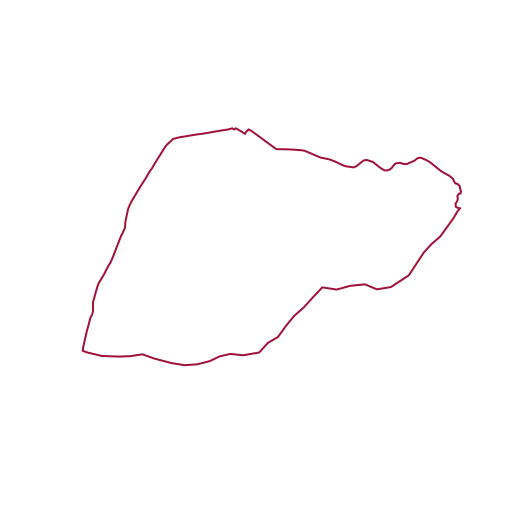 the district of Debubawi Mibrak, Maekel, Eritrea, rotated 36°
{"feature_id": "51966322B67298310056264", "entity_name": "Debubawi Mibrak", "entity_type": "district", "adm_level": 2, "iso_a3": "ERI", "parent_name": "Eritrea", "parent_adm1": "Maekel", "projection": "mercator", "projection_center": [38.948, 15.319], "detail": "fine", "context": "isolated", "style": "outline", "palette": "rose", "viewbox_px": 512, "rotation_deg": 36, "n_neighbors": 0, "source": "geoboundaries", "source_scale": "gbopen_adm2", "svg_char_len": 2415}
<svg xmlns="http://www.w3.org/2000/svg" viewBox="0 0 512 512"><g transform="rotate(36 256 256)"><path d="M381.5,81.6L380.0,79.9L376.7,79.2L374.5,80.1L371.9,79.0L369.9,77.7L364.5,77.5L362.5,77.9L355.9,78.6L343.0,77.9L339.7,78.0L336.4,78.5L331.6,79.6L329.4,81.5L328.0,86.2L323.8,93.1L321.3,94.9L318.2,95.7L314.9,98.6L314.2,100.1L314.0,105.3L313.2,107.7L311.7,109.8L309.7,111.1L307.3,111.5L303.7,111.6L300.1,111.4L295.4,111.2L291.5,112.4L289.0,113.3L287.0,115.4L286.2,117.8L285.1,122.1L284.5,124.3L282.8,127.0L280.1,128.4L276.4,130.4L274.6,131.1L270.3,132.1L265.9,132.8L259.4,134.4L254.1,136.7L250.5,138.4L242.6,140.2L240.6,140.6L233.4,142.3L229.8,144.2L227.6,145.6L224.7,147.3L221.9,149.2L219.6,150.6L217.6,152.0L209.7,157.6L204.1,157.6L199.5,157.6L195.7,157.6L191.8,157.5L187.7,157.5L182.3,157.5L179.0,157.5L175.6,158.0L175.1,161.2L175.3,163.6L169.3,164.0L164.7,164.5L163.7,166.6L161.7,166.7L159.0,170.1L154.2,174.8L145.9,183.4L144.4,184.9L140.7,188.7L138.7,190.5L135.2,193.9L131.3,197.9L127.4,201.9L125.3,203.9L123.0,206.5L120.0,210.2L119.7,212.9L119.0,215.9L118.5,218.3L118.4,220.4L118.4,222.4L118.7,225.6L118.8,228.1L119.0,229.9L119.2,232.6L119.3,235.2L119.6,238.4L119.7,240.9L120.3,245.9L120.3,249.7L120.5,252.6L120.7,254.6L121.0,256.7L121.2,259.6L121.6,267.7L122.2,274.2L123.2,285.1L123.6,287.3L124.4,291.6L125.5,294.6L126.5,296.7L128.0,300.2L129.3,303.2L130.4,305.3L131.4,307.0L133.1,309.5L133.8,311.8L134.6,315.8L135.0,318.9L135.6,321.1L136.3,324.1L137.0,326.4L138.1,330.8L139.0,334.0L139.8,337.1L141.1,342.0L141.7,345.0L142.1,347.0L142.3,350.4L143.8,360.0L144.2,364.0L144.5,367.8L144.6,369.8L145.0,371.9L147.3,378.6L149.4,384.0L150.5,387.1L151.3,389.2L152.9,391.4L156.6,396.6L157.9,399.7L158.3,403.2L159.4,406.0L160.8,409.5L162.4,413.9L163.3,416.3L164.8,419.7L166.8,424.4L168.7,428.8L170.1,431.8L171.5,434.5L175.4,433.5L177.5,432.7L183.7,430.1L190.2,427.4L204.1,418.0L213.1,411.0L221.9,402.3L234.1,398.7L250.8,392.2L262.4,386.3L272.2,378.1L280.3,368.3L285.7,358.4L292.7,350.4L304.0,343.8L315.3,332.2L316.7,319.3L321.4,308.6L321.3,295.5L322.1,281.9L324.9,269.5L326.4,255.3L328.1,242.4L341.0,235.7L349.8,224.7L360.8,214.9L373.4,211.9L383.4,201.8L391.0,181.8L389.7,154.5L391.0,143.0L393.6,132.0L393.6,120.6L393.5,109.3L392.8,102.0L393.0,97.6L390.4,98.6L388.6,98.7L386.6,96.2L386.6,93.4L385.5,90.8L383.7,89.3L383.5,86.3L384.7,85.3L383.9,83.3L381.5,81.6Z" fill="none" stroke="#9f1239" stroke-width="2"/></g></svg>